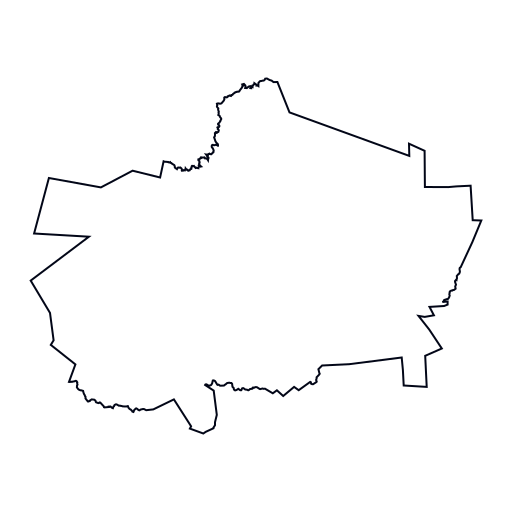 outline of Otáez, Durango, Mexico
{"feature_id": "50627088B56377483842725", "entity_name": "Otáez", "entity_type": "district", "adm_level": 2, "iso_a3": "MEX", "parent_name": "Mexico", "parent_adm1": "Durango", "projection": "mercator", "projection_center": [-105.979, 24.71], "detail": "fine", "context": "isolated", "style": "outline", "palette": "ink", "viewbox_px": 512, "rotation_deg": 0, "n_neighbors": 0, "source": "geoboundaries", "source_scale": "gbopen_adm2", "svg_char_len": 5986}
<svg xmlns="http://www.w3.org/2000/svg" viewBox="0 0 512 512"><path d="M87.8,401.4L88.9,401.2L88.9,401.3L89.8,401.0L89.8,400.6L91.7,399.4L94.3,399.7L95.4,400.6L95.6,401.0L95.8,401.9L96.1,402.3L98.3,403.1L99.0,403.0L99.4,402.5L99.8,402.4L100.3,402.6L103.8,406.4L104.0,407.2L104.5,407.4L108.9,407.0L108.8,406.6L110.5,406.5L111.8,407.7L112.9,408.2L113.5,406.5L114.1,406.1L114.4,405.2L114.7,404.9L116.0,404.3L116.8,404.5L118.9,405.7L119.9,405.6L120.2,405.8L121.7,406.0L122.8,406.4L126.5,406.5L127.5,406.1L127.9,406.1L128.4,407.6L129.6,409.0L130.8,409.6L132.3,411.2L132.4,411.6L133.4,412.0L133.7,411.6L133.7,411.2L134.1,410.2L135.8,408.5L136.4,408.4L137.5,409.1L138.3,409.9L139.2,410.3L139.6,410.3L140.5,409.6L143.0,409.0L144.1,409.1L146.2,410.2L153.3,409.4L173.9,399.4L191.1,426.3L189.9,428.6L203.3,433.5L205.8,431.8L213.4,428.3L213.3,427.9L215.0,425.2L215.0,422.2L216.8,414.9L213.7,390.6L205.1,385.0L205.3,384.6L206.0,384.3L206.6,384.4L208.3,385.5L209.1,385.6L210.4,385.4L211.2,384.9L212.1,383.5L212.8,380.5L213.1,380.4L213.8,380.4L215.1,381.1L217.2,384.6L217.7,384.9L218.3,384.6L218.7,384.7L220.1,385.7L223.4,385.6L224.3,385.4L224.8,384.8L225.7,384.3L226.9,383.2L227.4,383.0L229.2,382.7L230.4,383.0L231.4,383.0L232.1,383.8L232.5,386.8L233.7,388.0L233.9,389.3L234.2,389.8L235.1,390.4L236.5,390.0L238.3,388.8L240.0,390.1L241.0,390.3L241.3,390.2L242.1,388.4L243.0,388.1L243.5,388.2L245.2,389.5L247.0,389.7L248.2,390.3L248.9,390.0L250.1,389.0L252.1,388.8L252.7,388.4L252.6,387.8L253.0,387.5L254.3,387.7L255.3,387.1L256.3,387.1L257.1,387.3L259.7,389.0L260.2,389.1L262.6,388.5L263.4,388.8L265.0,388.7L272.8,393.3L276.9,390.3L283.2,396.0L294.1,386.9L298.7,390.2L310.2,381.9L310.9,382.3L310.9,383.0L311.1,383.7L311.9,384.1L312.6,384.2L313.1,384.2L316.5,382.0L316.7,381.5L316.1,380.0L316.6,378.5L316.6,377.3L318.9,374.9L319.7,373.8L319.4,373.2L318.4,369.2L322.1,365.5L349.1,364.2L401.7,357.5L402.9,370.1L403.7,385.5L426.7,386.9L425.2,355.8L441.8,348.5L429.2,329.5L418.5,315.9L424.7,316.9L433.9,315.3L429.5,306.9L444.1,306.0L447.6,304.6L447.6,301.5L442.4,302.0L443.7,301.3L444.2,300.0L446.9,299.1L447.9,299.0L449.0,297.6L449.7,295.6L449.3,294.2L449.6,293.2L449.6,292.1L450.0,291.7L450.0,291.4L450.4,291.1L451.5,290.5L452.4,290.5L452.6,290.2L454.1,289.9L455.6,288.7L455.2,286.4L456.0,284.7L455.1,282.1L455.0,281.1L455.9,280.0L456.5,280.2L456.7,279.0L457.0,278.2L456.8,276.0L458.3,274.2L459.2,273.7L459.8,272.2L459.9,271.6L459.5,269.0L459.8,267.8L460.7,267.2L472.3,242.2L481.3,220.5L472.7,220.2L470.6,185.7L456.3,186.4L448.2,187.1L424.9,187.0L424.6,150.8L409.0,143.7L409.3,155.9L289.5,112.4L277.4,82.0L273.5,82.1L271.6,80.6L269.6,80.0L266.9,78.5L265.2,78.7L264.6,79.9L263.7,80.6L262.7,80.6L261.4,81.0L260.7,81.0L259.8,81.3L258.4,83.0L258.4,86.1L257.4,85.5L256.4,85.6L256.3,84.6L254.4,83.2L254.3,84.2L253.6,84.5L253.2,85.4L252.4,85.6L252.5,87.1L251.7,86.9L251.2,87.4L251.2,88.2L250.4,88.1L250.8,87.0L250.6,86.2L250.4,86.1L248.8,86.5L246.8,88.1L245.2,88.0L245.6,86.5L245.3,85.4L243.9,83.9L242.3,84.4L243.2,85.7L242.3,86.2L242.4,86.6L242.0,87.5L239.6,90.6L239.4,91.2L238.8,91.7L237.0,91.7L236.7,92.0L235.7,92.1L235.1,92.6L234.6,92.6L234.2,93.2L233.1,93.9L232.6,94.7L232.1,95.0L231.5,95.0L231.5,95.4L231.0,96.0L229.7,95.7L229.4,95.5L228.8,95.9L227.7,96.3L227.6,96.9L226.8,97.4L225.2,97.1L224.6,97.2L224.2,97.8L224.4,99.2L223.8,100.6L221.5,103.3L220.6,103.7L219.5,103.7L218.8,103.4L217.3,103.5L216.9,103.7L217.3,105.3L217.0,105.8L216.9,106.4L217.1,107.0L218.3,108.4L218.1,109.7L218.8,111.7L218.5,112.3L218.7,112.8L218.7,113.7L218.3,115.0L219.6,115.8L219.9,116.8L221.2,118.5L221.2,119.3L220.3,120.8L220.3,121.3L220.0,121.5L219.5,122.5L218.1,123.7L218.1,124.5L218.5,124.9L219.0,125.1L219.4,125.9L219.3,126.5L218.9,127.0L218.6,127.3L217.6,127.2L217.4,127.4L217.9,128.5L217.8,129.1L218.1,129.3L218.8,130.2L218.3,131.9L217.6,132.1L217.1,132.7L216.6,132.9L216.3,132.6L216.4,132.1L216.0,132.0L214.9,133.1L215.0,134.8L214.8,136.4L214.1,137.3L215.5,141.4L216.6,143.0L217.6,143.8L217.8,144.2L218.0,144.9L218.0,145.7L217.7,145.7L217.4,145.3L216.2,144.9L215.6,144.8L214.5,145.2L213.6,145.2L212.9,144.8L212.1,145.1L211.8,145.6L211.7,146.8L212.0,147.5L212.6,148.0L213.4,149.6L213.7,150.8L213.4,151.3L213.5,151.7L213.4,152.3L212.8,152.6L212.3,153.4L211.7,153.6L211.6,153.9L211.1,154.3L209.7,153.9L209.4,153.7L209.2,154.0L208.6,154.0L207.9,154.4L206.8,154.6L206.1,154.5L207.0,155.7L207.1,156.2L207.5,156.4L207.8,156.2L207.7,157.0L208.5,157.7L208.5,158.3L208.1,159.2L208.0,160.2L207.3,159.1L206.2,158.4L205.0,158.4L204.6,157.5L204.3,157.3L203.4,157.6L202.3,157.5L201.6,157.9L201.0,157.3L200.8,157.4L200.3,158.6L199.9,158.6L199.2,159.2L198.4,159.3L198.3,159.9L198.5,160.4L199.4,161.1L199.6,162.6L199.1,163.2L199.4,164.0L198.8,165.1L199.4,165.4L199.9,165.4L201.1,166.5L200.2,166.7L199.4,166.5L198.9,166.8L198.2,167.6L198.3,168.2L197.0,168.0L196.6,167.7L195.6,168.0L195.3,167.3L194.6,167.0L193.9,165.9L192.9,166.2L192.5,165.9L192.0,165.9L191.7,166.3L191.6,167.2L191.3,167.5L191.4,168.1L191.4,168.8L191.1,169.0L190.6,169.0L190.2,169.3L189.7,170.3L188.4,170.7L188.0,170.2L187.7,170.3L187.5,170.0L187.2,170.0L187.1,169.6L186.6,169.3L186.1,169.2L185.6,168.5L185.5,169.4L185.2,169.5L184.9,170.4L183.9,170.2L183.6,170.5L183.1,170.2L182.0,170.8L181.8,170.6L181.9,169.7L181.6,168.6L180.4,167.5L179.5,167.7L179.0,167.5L178.1,167.5L177.7,167.9L177.0,169.1L176.4,168.5L175.5,168.3L174.7,167.0L174.8,166.3L174.3,165.1L171.7,163.5L171.4,163.0L170.4,162.8L170.1,162.1L169.5,162.4L168.8,162.4L168.3,162.0L167.9,162.1L167.3,161.9L164.6,161.7L163.6,161.3L160.1,177.5L132.6,170.7L100.9,187.4L48.9,178.0L34.1,233.5L88.9,236.7L30.7,280.6L50.0,312.9L53.6,340.3L50.8,344.9L75.4,364.4L69.0,381.9L69.9,382.0L71.1,381.7L71.9,381.9L72.2,381.7L74.5,381.3L75.4,380.9L76.1,380.9L76.5,381.1L77.2,382.2L77.0,382.4L77.2,383.0L77.2,383.8L77.5,384.7L77.0,385.6L76.9,387.4L78.2,389.1L79.3,389.9L80.5,390.3L81.2,390.3L83.1,390.9L83.5,392.7L84.1,394.2L84.7,395.1L85.0,396.1L85.5,396.7L85.5,398.5L87.8,401.4Z" fill="none" stroke="#020617" stroke-width="2"/></svg>